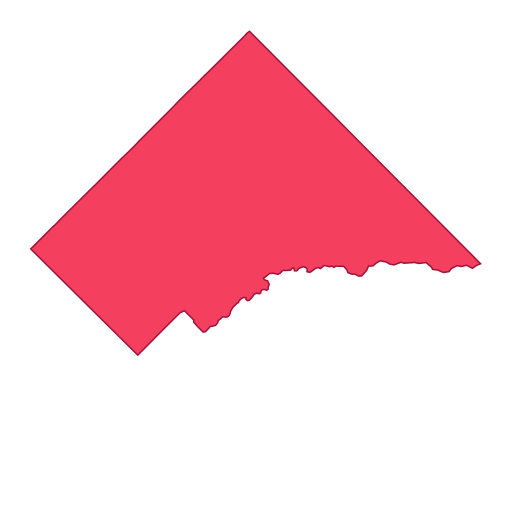 Owyhee, Idaho, United States of America, rotated 135°
{"feature_id": "52423323B98957194819537", "entity_name": "Owyhee", "entity_type": "district", "adm_level": 2, "iso_a3": "USA", "parent_name": "United States of America", "parent_adm1": "Idaho", "projection": "natural_earth1", "projection_center": [-116.172, 42.838], "detail": "fine", "context": "isolated", "style": "filled", "palette": "rose", "viewbox_px": 512, "rotation_deg": 135, "n_neighbors": 0, "source": "geoboundaries", "source_scale": "gbopen_adm2", "svg_char_len": 2626}
<svg xmlns="http://www.w3.org/2000/svg" viewBox="0 0 512 512"><g transform="rotate(135 256 256)"><path d="M101.7,419.5L102.9,419.6L104.3,419.9L110.5,419.7L163.7,419.9L163.8,420.0L169.9,420.0L170.6,419.9L179.4,420.0L181.8,420.1L183.1,420.0L183.4,420.1L185.6,420.1L186.0,420.1L189.0,420.2L203.8,420.2L209.3,420.0L235.5,420.0L236.0,420.0L255.0,420.0L256.2,420.0L258.1,419.9L258.1,420.0L259.1,419.9L263.0,419.8L278.4,419.9L279.7,419.9L281.1,420.1L319.1,420.0L325.1,420.1L367.5,420.3L376.7,420.1L377.3,420.3L410.3,420.3L410.1,360.7L409.7,269.5L406.4,269.5L396.3,269.5L382.6,269.6L370.7,269.6L362.4,269.6L355.2,269.6L349.9,269.6L345.3,267.9L345.3,266.0L345.3,254.5L346.9,253.4L347.2,247.1L347.2,239.6L345.3,238.2L343.9,238.2L342.1,238.3L339.9,238.3L338.1,238.5L336.5,237.2L335.0,236.3L333.4,235.5L331.0,235.8L330.1,235.9L329.4,236.4L328.9,237.0L328.4,237.1L327.0,236.8L325.5,236.6L324.2,236.7L322.8,236.5L321.6,235.6L320.8,234.3L319.2,233.0L317.0,232.9L315.2,233.5L313.6,234.6L312.1,235.2L310.6,235.5L308.5,236.1L305.5,236.0L303.2,236.1L301.3,235.4L299.9,236.2L298.3,236.3L295.7,236.0L293.9,235.2L292.6,233.4L293.8,232.3L293.5,230.3L291.8,229.4L289.8,229.5L287.8,229.6L286.2,229.9L284.3,230.2L281.9,229.3L280.4,227.0L278.8,226.6L277.4,227.6L275.5,227.8L273.7,226.4L272.8,224.5L272.1,224.0L270.8,224.0L269.7,225.2L268.0,225.9L266.6,226.8L265.9,228.9L265.3,230.3L266.4,232.2L266.9,233.6L266.4,234.8L265.5,235.0L264.6,234.7L262.7,234.4L260.7,234.3L258.7,233.9L257.3,232.7L256.2,231.9L255.1,230.1L253.4,227.5L250.8,226.7L248.5,226.9L246.7,226.5L245.8,225.2L244.3,223.9L241.5,221.5L240.0,221.6L238.9,221.8L237.7,220.8L238.3,219.8L239.3,218.4L238.1,217.0L236.8,216.6L234.5,216.9L231.8,215.7L230.0,214.9L228.9,212.4L229.2,210.4L230.2,209.5L231.0,208.8L230.2,207.3L228.9,206.1L225.7,205.6L223.0,205.2L221.0,204.4L219.6,203.0L219.7,202.4L219.3,201.5L214.5,201.1L211.5,196.3L209.5,195.4L209.0,192.9L206.5,192.2L201.3,186.6L201.5,182.0L202.8,179.3L200.9,175.0L199.0,173.6L197.5,168.9L195.2,167.1L188.0,167.6L183.5,169.3L181.9,167.7L180.3,166.3L175.9,166.0L171.5,164.7L168.2,159.7L167.2,155.9L164.8,152.2L157.9,149.0L156.5,146.3L148.5,139.3L146.1,135.6L140.4,131.1L139.8,124.0L140.6,121.7L137.5,117.6L135.1,111.8L130.6,108.5L126.5,109.0L120.4,106.8L118.5,103.6L113.6,100.5L111.7,94.3L106.1,93.2L102.7,91.7L102.7,92.7L102.7,94.9L102.6,101.3L102.6,102.6L102.6,103.3L102.6,104.0L102.6,105.4L102.6,107.1L102.6,107.4L102.6,108.2L102.6,108.7L102.6,111.6L102.6,111.8L102.3,219.4L102.3,219.5L102.2,261.9L102.0,297.5L101.9,345.6L101.9,349.7L101.8,387.0L101.7,393.5L101.8,396.5L101.7,419.5Z" fill="#f43f5e" stroke="#9f1239" stroke-width="1.5"/></g></svg>